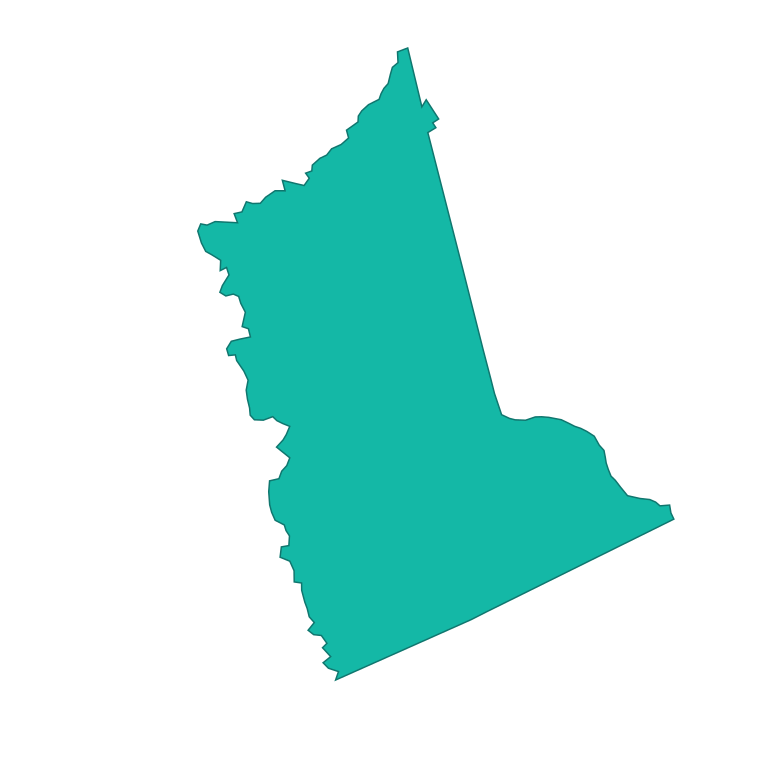 Moreira Sales, Paraná, Brazil, rotated 237°
{"feature_id": "56859067B37185624214579", "entity_name": "Moreira Sales", "entity_type": "district", "adm_level": 2, "iso_a3": "BRA", "parent_name": "Brazil", "parent_adm1": "Paraná", "projection": "orthographic", "projection_center": [-52.978, -24.024], "detail": "fine", "context": "isolated", "style": "filled", "palette": "teal", "viewbox_px": 768, "rotation_deg": 237, "n_neighbors": 0, "source": "geoboundaries", "source_scale": "gbopen_adm2", "svg_char_len": 2031}
<svg xmlns="http://www.w3.org/2000/svg" viewBox="0 0 768 768"><g transform="rotate(237 384 384)"><path d="M162.1,182.2L138.9,328.9L137.1,346.0L126.2,439.1L112.8,553.5L119.6,554.4L126.9,557.6L131.5,549.1L137.0,547.5L142.3,544.0L148.6,536.3L157.7,527.4L168.5,526.2L177.4,525.5L183.1,524.2L190.3,525.6L196.7,527.3L202.1,529.7L208.5,532.3L215.5,531.2L225.7,531.9L233.9,528.2L239.7,524.8L244.6,520.9L250.5,517.5L257.5,513.2L266.3,504.0L270.7,498.3L274.0,492.9L276.5,483.0L282.5,474.5L286.8,470.5L294.2,465.9L315.9,471.5L329.7,476.2L358.1,485.6L436.7,512.4L571.0,557.7L570.7,567.1L576.5,567.1L576.5,574.2L585.7,574.2L599.4,574.2L595.8,566.7L652.9,586.9L655.2,576.2L645.9,570.8L645.0,563.5L640.4,558.2L633.7,551.1L632.0,545.0L629.1,539.7L625.4,534.9L626.7,523.2L625.2,514.1L622.7,508.4L617.9,504.9L617.3,490.8L609.6,488.3L608.2,478.4L609.8,468.2L607.2,460.6L608.2,453.2L606.6,443.1L602.0,439.5L603.5,433.1L597.3,433.4L594.0,425.1L600.2,419.1L610.2,409.7L599.9,406.3L605.4,397.9L605.1,386.4L602.9,378.7L606.9,372.1L611.8,367.8L605.7,358.6L608.5,351.1L599.0,349.0L612.2,330.8L613.6,322.2L618.1,317.5L613.7,311.1L601.7,307.7L592.3,306.7L586.5,309.8L576.7,314.4L568.3,308.4L567.5,315.4L559.9,313.4L554.6,302.1L550.3,296.3L544.0,299.3L541.5,306.6L536.6,309.8L529.6,307.8L519.7,306.8L509.4,296.3L504.2,300.4L496.2,297.6L500.1,287.7L503.0,279.2L499.2,271.2L492.5,269.2L489.4,275.2L483.9,273.2L471.1,273.5L461.2,272.1L453.9,265.1L445.6,261.2L437.1,258.2L430.7,254.8L424.6,255.8L419.4,263.1L417.2,272.9L411.6,274.2L405.9,277.6L399.8,281.9L394.8,274.5L392.0,268.8L389.6,259.5L373.4,264.8L368.5,258.0L366.6,250.7L361.8,244.3L365.1,235.3L356.5,228.7L344.9,222.3L337.6,219.9L329.0,218.5L320.1,223.6L314.4,222.0L308.1,222.0L300.3,216.2L303.3,209.2L295.3,202.5L286.7,208.5L276.4,206.9L266.9,200.9L262.0,206.5L255.8,202.6L244.2,198.8L237.5,197.3L229.5,194.5L221.9,195.6L218.8,186.2L212.1,188.5L207.2,194.5L197.6,194.9L196.3,188.8L184.4,190.8L183.4,181.1L175.9,182.6L167.6,189.2L162.1,182.2Z" fill="#14b8a6" stroke="#0f766e" stroke-width="1.5"/></g></svg>